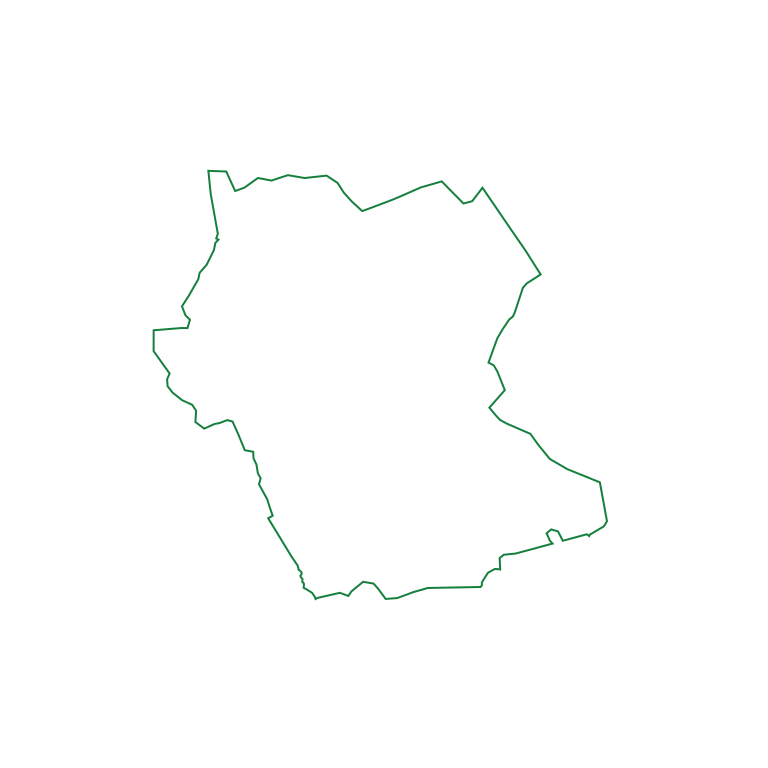 Dukku, Gombe, Nigeria, rotated 302°
{"feature_id": "59680162B57621312639176", "entity_name": "Dukku", "entity_type": "district", "adm_level": 2, "iso_a3": "NGA", "parent_name": "Nigeria", "parent_adm1": "Gombe", "projection": "natural_earth1", "projection_center": [10.811, 10.771], "detail": "fine", "context": "isolated", "style": "outline", "palette": "green", "viewbox_px": 768, "rotation_deg": 302, "n_neighbors": 0, "source": "geoboundaries", "source_scale": "gbopen_adm2", "svg_char_len": 2002}
<svg xmlns="http://www.w3.org/2000/svg" viewBox="0 0 768 768"><g transform="rotate(302 384 384)"><path d="M165.4,439.9L167.2,440.8L183.5,457.2L185.4,466.1L190.9,466.3L205.2,471.1L209.2,480.9L207.3,487.5L202.6,499.3L209.5,508.7L223.1,519.2L234.2,529.2L263.0,573.4L265.1,573.7L267.5,572.2L270.5,572.1L274.5,572.1L279.0,572.2L286.0,576.1L288.3,580.8L297.7,574.3L302.7,576.1L309.9,585.4L338.0,611.5L339.0,607.8L343.6,601.0L349.3,602.9L351.2,609.7L345.8,618.7L364.0,635.6L363.8,638.6L365.1,638.3L379.8,645.9L385.8,645.8L415.0,619.2L408.9,584.5L408.3,564.4L414.2,547.0L419.3,534.6L415.5,509.2L415.0,501.3L416.9,494.6L419.8,485.9L442.8,489.7L454.7,473.5L458.0,467.1L457.5,461.3L482.7,455.9L493.2,455.6L505.0,456.0L509.4,457.5L513.4,457.1L539.3,450.8L545.1,451.8L559.9,458.8L567.9,442.1L570.7,436.4L573.4,430.4L582.5,409.4L602.6,363.5L597.9,363.1L593.8,362.7L585.7,361.9L579.2,355.7L586.4,325.6L570.3,311.1L552.7,299.1L546.1,294.5L541.9,291.4L519.2,274.0L519.1,273.8L521.8,259.6L525.0,248.5L529.9,238.1L530.2,228.4L530.3,224.9L516.6,207.5L510.2,191.9L503.1,185.9L496.9,180.8L491.9,167.9L476.4,161.5L468.8,155.5L480.6,137.6L471.7,122.1L464.6,127.6L453.5,136.2L435.8,152.2L423.3,163.5L418.5,164.6L418.7,167.1L414.3,166.2L407.5,168.8L391.1,170.4L380.7,168.7L374.4,171.0L355.2,171.7L342.8,171.5L337.0,179.3L335.8,185.2L335.6,185.4L327.3,187.7L324.1,182.5L307.5,160.2L289.8,171.2L279.3,196.6L273.0,197.6L267.4,201.7L264.6,209.5L263.3,221.4L264.7,232.4L261.7,238.9L251.8,244.2L250.9,255.2L260.2,261.4L263.5,265.0L270.4,270.3L271.9,275.5L263.9,287.4L254.1,301.0L257.2,309.0L251.8,312.7L248.2,318.4L241.4,324.4L238.6,329.4L232.7,331.1L224.4,346.0L219.3,351.9L213.3,359.4L208.8,356.9L189.7,394.9L187.8,399.0L184.3,406.9L182.2,409.2L181.2,409.9L181.1,411.9L180.6,413.7L179.6,414.7L178.4,414.9L177.1,414.7L175.9,416.1L175.7,417.5L175.1,418.5L174.0,418.9L172.6,419.9L172.8,420.8L171.9,422.2L170.3,423.0L168.6,423.8L168.8,427.4L168.8,433.6L166.9,438.1L165.4,439.9Z" fill="none" stroke="#15803d" stroke-width="2"/></g></svg>